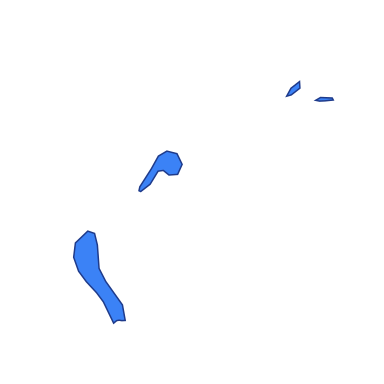 outline of South Caicos and East Caicos, rotated 211°
{"feature_id": "TCA-5006", "entity_name": "South Caicos and East Caicos", "entity_type": "state/province", "adm_level": 1, "iso_a3": "TCA", "parent_name": "Turks and Caicos Islands", "parent_adm1": "", "projection": "albers", "projection_center": [-71.559, 21.528], "detail": "fine", "context": "isolated", "style": "filled", "palette": "blue", "viewbox_px": 384, "rotation_deg": 211, "n_neighbors": 0, "source": "natural_earth", "source_scale": "10m", "svg_char_len": 698}
<svg xmlns="http://www.w3.org/2000/svg" viewBox="0 0 384 384"><g transform="rotate(211 192 192)"><path d="M232.3,78.6L219.9,70.9L193.5,59.4L183.1,47.5L185.9,45.6L188.4,44.6L190.3,43.0L191.6,39.2L211.4,52.2L221.9,56.5L236.4,60.7L248.4,65.7L259.8,75.1L265.7,88.3L261.2,104.8L254.2,106.3L245.8,97.8L232.3,78.6ZM238.1,165.8L239.4,169.6L238.8,190.9L239.3,205.5L234.6,214.1L224.6,217.1L214.7,210.6L213.4,199.7L220.5,194.7L227.7,195.7L231.8,192.4L231.9,177.1L236.2,166.0L238.1,165.8ZM156.9,326.4L160.2,322.9L160.6,331.9L156.7,342.0L153.0,336.6L156.9,326.4ZM125.0,338.6L129.5,335.6L133.2,334.3L130.5,339.2L120.2,344.8L118.3,343.6L125.0,338.6Z" fill="#3b82f6" stroke="#1e3a8a" stroke-width="1.5"/></g></svg>